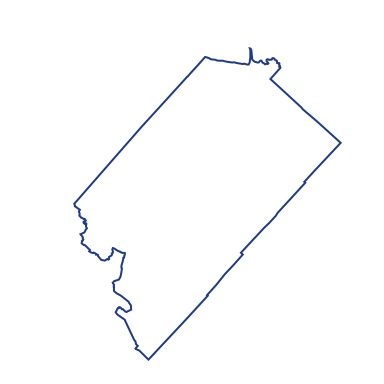 St. Louis, Minnesota, United States of America (Robinson projection), rotated 222°
{"feature_id": "52423323B88351202423300", "entity_name": "St. Louis", "entity_type": "district", "adm_level": 2, "iso_a3": "USA", "parent_name": "United States of America", "parent_adm1": "Minnesota", "projection": "robinson", "projection_center": [-92.282, 47.64], "detail": "fine", "context": "isolated", "style": "outline", "palette": "blue", "viewbox_px": 384, "rotation_deg": 222, "n_neighbors": 0, "source": "geoboundaries", "source_scale": "gbopen_adm2", "svg_char_len": 3454}
<svg xmlns="http://www.w3.org/2000/svg" viewBox="0 0 384 384"><g transform="rotate(222 192 192)"><path d="M112.2,38.3L111.1,97.1L110.9,125.5L111.8,125.4L111.8,139.3L112.6,152.8L112.3,166.2L112.4,179.5L115.0,179.6L114.4,213.9L113.9,220.4L113.8,230.4L114.4,233.8L114.0,274.7L115.3,274.7L115.2,287.6L114.4,328.0L146.0,328.1L164.7,327.6L167.2,328.0L193.4,328.3L209.3,328.4L209.4,340.0L209.4,343.5L210.5,344.1L210.5,343.7L210.6,343.4L211.1,343.5L211.1,344.2L211.2,344.6L211.5,344.8L212.2,344.8L212.7,345.0L212.9,345.7L213.2,346.1L213.7,346.0L214.5,345.1L214.9,344.8L216.7,346.3L217.5,346.2L218.4,345.7L219.1,345.8L219.9,346.2L220.4,346.2L221.1,345.9L221.7,345.4L221.8,345.1L221.7,344.8L221.3,343.9L221.5,343.5L222.1,343.0L222.9,342.0L223.5,341.7L224.3,341.5L224.8,341.0L225.0,340.5L224.9,339.9L224.7,339.7L224.1,339.1L222.2,339.0L221.3,338.7L221.3,338.0L221.4,337.8L221.8,337.5L222.3,337.2L222.8,336.6L223.0,335.9L223.3,335.7L224.6,335.8L225.2,335.7L226.1,335.3L227.6,335.9L228.4,336.0L228.7,335.9L229.3,334.5L229.1,334.0L229.1,333.0L229.7,332.2L232.4,330.8L233.5,330.7L235.8,330.7L242.7,337.0L244.4,337.8L245.1,337.4L243.8,336.7L238.9,331.3L235.9,326.9L235.2,324.7L235.4,324.6L236.2,323.7L239.2,322.2L239.6,321.3L245.3,317.6L247.2,316.8L248.8,315.1L252.8,312.4L256.6,310.3L257.5,309.8L258.6,308.6L261.5,306.4L263.0,306.0L266.7,303.3L267.5,303.0L268.6,303.0L271.0,302.0L272.6,301.1L272.5,287.8L272.6,279.4L272.5,274.7L272.8,274.3L272.7,272.2L272.9,233.3L273.1,206.6L271.6,104.4L270.3,103.9L269.6,103.5L269.4,103.0L267.4,103.4L267.1,103.3L266.5,103.4L265.7,103.5L263.4,103.8L263.0,101.9L260.9,100.6L259.8,99.0L258.5,99.1L258.3,99.1L258.1,99.0L258.1,98.9L257.0,98.8L256.4,99.2L255.4,99.3L254.4,99.5L254.0,99.9L253.8,100.1L253.4,100.1L252.7,99.8L252.4,99.7L251.9,99.7L251.7,99.2L251.9,98.7L251.9,98.2L252.5,98.0L252.6,97.5L252.3,97.2L252.3,96.9L251.6,96.5L250.3,96.5L250.1,96.6L250.0,97.0L250.3,97.2L250.2,97.5L249.6,97.9L249.4,97.8L249.4,97.7L249.0,97.4L247.9,95.5L245.8,94.7L245.7,92.4L245.1,91.3L245.0,89.7L246.6,86.0L242.8,85.3L241.9,84.1L240.9,83.9L240.7,82.5L241.0,82.2L241.0,81.9L240.6,81.7L239.8,80.1L238.4,80.0L237.0,80.2L236.3,80.9L235.2,80.8L228.9,80.6L228.7,79.1L226.6,79.5L224.7,80.4L224.5,80.7L224.5,81.2L222.7,81.7L221.4,81.2L220.9,81.9L221.0,82.0L219.8,82.3L219.4,81.8L219.1,81.6L214.2,80.8L210.9,82.6L210.1,85.6L209.0,85.7L208.7,86.7L210.2,88.3L209.3,91.1L210.0,92.7L210.1,93.0L210.4,93.0L210.2,93.7L210.7,94.7L212.8,96.0L213.3,97.4L211.9,98.0L207.7,98.6L206.8,99.1L206.4,99.1L205.5,99.6L205.3,99.6L205.1,99.4L204.6,99.5L204.4,99.8L203.4,100.0L202.9,100.2L201.8,101.3L201.0,101.7L200.5,101.2L199.9,100.3L199.8,100.1L199.8,99.7L199.7,99.3L199.2,98.9L199.1,98.5L199.1,98.2L199.1,97.9L198.8,98.0L198.7,97.9L198.6,97.6L198.7,97.2L198.5,96.6L197.9,95.4L197.4,94.7L196.3,92.5L195.1,90.0L193.9,88.6L193.6,88.4L193.2,88.5L192.5,87.8L192.0,86.9L190.5,84.7L188.5,81.2L187.7,78.1L190.2,73.6L190.2,71.5L187.8,70.8L187.1,69.8L187.2,69.6L187.0,69.3L186.8,69.1L186.1,69.0L185.8,68.5L183.9,66.3L183.0,66.2L180.2,66.3L175.5,67.4L165.5,68.0L164.6,67.5L161.6,66.9L158.5,63.9L159.0,62.8L159.0,62.4L159.9,60.6L160.3,59.0L162.0,58.5L164.9,58.7L165.8,57.9L166.6,58.2L167.9,58.3L168.7,58.0L169.1,57.6L168.9,57.3L168.6,57.1L168.6,56.9L169.3,56.2L169.2,56.1L169.2,55.9L169.3,55.4L169.0,54.7L168.2,51.5L165.3,51.0L156.7,52.1L136.1,43.4L134.2,43.2L131.8,41.5L129.3,41.3L129.3,37.9L128.7,37.7L125.0,38.9L112.2,38.3Z" fill="none" stroke="#1e3a8a" stroke-width="2"/></g></svg>